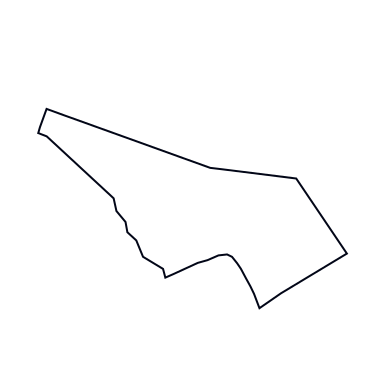 the district of Al-Arbiin, As Suways, Egypt, rotated 67°
{"feature_id": "37247803B66278795403604", "entity_name": "Al-Arbiin", "entity_type": "district", "adm_level": 2, "iso_a3": "EGY", "parent_name": "Egypt", "parent_adm1": "As Suways", "projection": "natural_earth1", "projection_center": [32.54, 29.979], "detail": "fine", "context": "isolated", "style": "outline", "palette": "ink", "viewbox_px": 384, "rotation_deg": 67, "n_neighbors": 0, "source": "geoboundaries", "source_scale": "gbopen_adm2", "svg_char_len": 554}
<svg xmlns="http://www.w3.org/2000/svg" viewBox="0 0 384 384"><g transform="rotate(67 192 192)"><path d="M325.3,175.3L320.0,149.6L309.2,73.5L220.3,90.8L182.5,156.0L176.9,165.8L157.1,187.2L113.1,234.7L71.2,280.0L58.7,293.4L73.0,306.7L77.7,310.5L84.0,304.0L167.2,266.6L180.0,269.0L193.6,264.9L203.8,267.2L214.8,262.2L232.5,262.4L251.5,248.7L260.4,250.0L260.3,241.4L259.5,214.4L260.8,204.3L260.7,192.4L263.2,184.1L267.3,180.5L275.2,178.3L281.8,177.0L293.0,176.0L301.7,175.1L310.0,174.7L325.3,175.3Z" fill="none" stroke="#020617" stroke-width="2"/></g></svg>